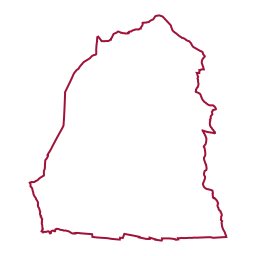 Ungureni, Bacau, Romania (Robinson projection)
{"feature_id": "2599482B79247862068373", "entity_name": "Ungureni", "entity_type": "district", "adm_level": 2, "iso_a3": "ROU", "parent_name": "Romania", "parent_adm1": "Bacau", "projection": "robinson", "projection_center": [27.1, 46.557], "detail": "fine", "context": "isolated", "style": "outline", "palette": "rose", "viewbox_px": 256, "rotation_deg": 0, "n_neighbors": 0, "source": "geoboundaries", "source_scale": "gbopen_adm2", "svg_char_len": 5749}
<svg xmlns="http://www.w3.org/2000/svg" viewBox="0 0 256 256"><path d="M204.8,56.2L203.2,54.3L202.6,52.1L201.6,51.5L200.3,51.0L193.7,47.2L193.2,46.9L192.1,45.5L191.1,43.4L189.3,41.3L187.2,40.6L185.7,39.6L185.3,39.2L184.5,38.7L182.7,37.9L181.8,37.8L181.3,37.3L179.1,35.9L176.3,33.5L174.4,32.2L172.9,30.8L172.3,29.9L171.8,28.4L171.3,27.4L171.0,25.7L170.4,24.9L162.6,16.5L159.4,15.4L157.1,15.7L156.0,15.9L155.4,16.2L154.9,16.8L153.3,19.3L151.3,20.2L149.8,21.0L148.9,22.0L145.0,22.7L143.1,22.7L142.6,22.8L142.5,23.0L142.7,24.0L142.6,24.7L142.0,26.0L140.9,27.5L140.8,27.9L140.8,28.6L139.5,28.8L139.1,29.1L138.8,29.5L137.4,29.4L135.9,29.4L133.1,30.3L132.1,30.7L131.0,31.5L129.8,31.5L129.2,31.7L128.9,31.9L129.0,32.8L128.9,32.9L128.8,33.0L127.9,32.9L127.8,33.4L127.6,33.4L125.6,33.5L124.1,33.2L123.1,33.2L121.5,32.7L120.9,32.8L120.0,32.2L119.0,31.8L118.4,31.6L117.8,31.6L116.5,32.7L113.7,33.9L113.5,34.1L111.8,37.7L111.4,38.3L111.0,38.6L111.0,39.7L110.9,39.8L110.1,39.9L109.4,40.5L109.1,40.7L108.0,41.0L103.2,41.2L101.9,41.0L101.6,41.1L101.0,40.3L100.4,39.4L99.8,38.7L98.2,36.6L97.3,37.1L97.1,39.3L97.0,41.3L96.6,44.4L96.5,44.9L96.2,49.9L96.2,50.9L96.3,51.4L96.2,53.9L95.9,54.5L95.5,54.7L93.9,55.1L92.2,55.8L89.7,58.4L83.8,62.0L82.6,63.3L81.7,64.5L81.2,64.9L80.7,65.5L79.3,67.4L78.5,68.8L77.0,69.7L76.0,70.7L75.1,72.0L74.7,72.3L73.8,73.7L71.2,79.5L68.6,84.9L65.0,92.3L65.1,93.1L64.5,108.5L64.0,118.4L63.5,125.6L62.2,128.3L57.2,137.3L52.1,146.9L51.1,149.0L50.5,149.9L49.6,151.7L49.2,152.1L48.6,153.0L47.7,154.7L48.0,154.7L48.0,155.9L47.5,157.1L46.5,158.9L45.7,159.6L45.3,160.4L44.9,165.2L45.0,167.0L44.8,167.9L44.8,168.7L43.9,171.1L43.9,175.5L42.2,176.5L39.7,178.1L38.9,178.8L38.1,179.7L37.2,180.4L36.6,180.7L35.5,181.1L34.5,182.0L32.7,182.1L31.7,182.0L30.2,182.4L29.7,182.8L30.5,183.8L30.5,186.3L30.9,186.8L31.3,187.1L31.9,188.0L32.3,188.9L32.7,190.9L33.3,192.6L33.3,193.2L33.5,194.2L34.6,196.5L35.5,197.6L36.0,198.6L36.1,199.2L37.0,200.4L37.8,202.0L38.0,202.9L38.0,204.0L38.0,204.7L37.8,205.0L38.0,205.8L38.1,206.5L38.3,207.0L38.7,207.5L39.1,208.3L39.5,209.4L39.6,210.3L39.8,210.8L40.2,211.4L40.2,211.8L40.1,212.5L40.0,214.3L40.3,215.0L40.9,215.6L40.7,216.7L41.2,216.9L41.5,217.5L41.6,218.6L41.7,218.8L42.2,219.1L42.2,219.6L41.8,221.2L42.0,221.7L41.9,222.2L42.0,222.6L41.7,223.2L42.2,225.1L42.4,227.3L42.6,228.2L42.6,228.6L42.4,228.9L42.8,229.1L42.5,230.1L42.3,230.5L41.9,230.8L41.5,231.3L41.8,231.6L42.8,231.8L43.1,232.3L43.3,232.1L44.4,231.9L46.4,231.9L47.4,231.4L48.5,231.3L48.9,231.5L49.5,232.4L49.9,233.3L50.6,233.3L50.8,233.2L51.0,232.8L51.0,231.6L51.5,231.0L52.4,230.7L53.1,230.6L54.0,231.1L55.0,231.3L55.1,231.2L55.0,230.9L55.1,230.1L55.4,229.8L55.3,229.6L55.5,229.4L55.9,229.4L56.4,228.9L57.6,228.9L58.1,229.0L58.4,229.0L60.3,229.8L62.7,230.1L63.8,230.6L65.4,230.5L68.7,231.3L71.8,233.2L72.8,233.5L75.0,233.5L74.8,233.1L76.3,232.9L78.5,233.0L80.9,233.3L92.1,234.2L92.4,236.2L92.4,236.9L96.2,237.4L107.6,238.2L111.8,238.9L119.8,239.6L120.1,238.2L120.1,237.7L122.8,238.0L124.3,233.9L131.4,235.2L139.3,236.8L139.0,237.4L146.2,238.9L149.7,239.0L149.6,237.6L156.2,239.6L156.0,239.8L161.6,240.6L162.2,239.6L162.0,238.4L168.9,238.4L172.1,238.7L174.8,239.1L174.8,239.3L176.0,239.8L176.7,239.6L177.4,239.6L177.7,239.4L178.2,239.4L177.9,238.2L179.8,238.2L181.2,238.0L181.7,237.9L182.9,238.1L187.0,238.0L188.7,237.8L190.9,237.9L192.8,237.8L194.3,237.6L195.8,237.7L204.4,237.4L205.3,237.3L210.1,237.2L211.6,237.4L213.1,237.8L226.3,237.0L225.9,235.1L225.4,234.5L225.2,233.5L224.8,232.4L224.1,231.0L223.2,229.6L222.3,227.1L222.0,225.8L221.6,222.9L221.6,222.3L222.2,221.1L220.9,219.8L221.1,219.0L221.2,216.4L221.8,215.6L221.6,213.8L221.3,213.1L220.7,212.4L220.6,211.3L220.1,210.9L219.7,210.4L219.4,210.3L218.7,209.3L218.5,208.0L217.9,207.1L217.5,205.8L217.6,204.5L218.0,203.9L218.1,203.5L218.0,203.0L217.6,202.4L217.4,201.4L216.7,200.5L216.2,199.6L215.7,199.4L215.3,199.1L214.6,198.0L214.1,198.0L213.6,198.2L213.2,197.8L212.9,197.3L213.0,196.1L212.7,195.6L212.7,194.8L212.8,193.8L212.6,193.5L212.9,193.1L212.8,192.6L212.5,190.7L211.6,190.2L210.2,189.7L209.2,189.6L208.6,189.3L207.2,189.1L205.9,188.6L204.4,187.4L203.8,186.5L203.4,185.7L202.9,183.9L204.8,179.0L205.1,177.5L205.1,176.9L204.1,175.0L204.0,173.5L204.6,171.1L205.5,170.4L206.2,170.1L206.4,169.8L206.6,168.4L206.5,167.8L206.4,166.3L206.0,165.3L206.1,164.6L205.3,163.3L205.1,162.4L204.2,160.1L203.9,157.9L205.1,155.7L205.3,155.0L205.3,152.8L205.0,150.4L204.5,147.9L203.8,146.9L203.8,146.6L203.9,146.3L204.1,146.3L205.0,144.8L205.4,144.5L205.7,143.6L206.0,142.8L206.3,140.6L206.4,138.6L206.2,137.9L205.4,135.8L204.8,134.7L204.6,134.0L203.9,133.1L203.8,132.6L202.6,130.8L202.6,130.5L207.4,132.0L213.2,132.9L214.4,133.3L214.9,133.1L215.0,132.7L214.9,132.1L214.2,131.6L213.0,129.7L212.5,129.3L211.5,127.7L210.9,127.2L210.0,125.3L209.9,125.0L209.9,123.8L209.8,122.9L210.3,120.4L209.9,119.9L210.1,119.4L210.6,118.9L210.8,118.4L210.6,117.2L210.8,116.3L210.9,116.0L212.2,114.6L212.4,114.2L212.3,113.6L211.9,111.9L212.6,111.1L212.6,110.9L212.7,110.2L215.6,109.4L215.9,109.2L215.7,108.2L215.0,107.0L213.3,105.5L212.8,105.3L210.2,105.4L208.7,105.0L207.4,104.2L206.0,103.0L204.5,102.0L203.3,100.6L202.9,100.3L201.7,98.0L201.6,97.5L200.9,96.0L200.7,95.1L200.0,93.9L197.9,92.6L197.1,92.3L196.1,92.1L195.7,91.6L196.0,90.8L196.0,89.5L196.4,89.1L196.8,88.0L197.7,87.2L197.7,86.8L198.1,86.3L198.2,85.1L198.5,84.6L198.5,84.3L198.5,83.7L198.0,81.7L198.0,81.2L198.1,80.4L198.0,79.5L197.6,79.0L197.5,78.8L197.6,78.3L198.2,77.0L197.6,75.7L197.1,73.5L196.8,72.9L199.3,73.0L199.3,71.5L199.5,70.7L199.4,70.1L200.3,70.2L200.5,69.8L201.9,69.4L203.0,69.2L203.3,69.4L203.8,69.4L203.6,68.7L203.1,66.7L202.3,64.6L201.7,62.8L201.9,61.0L202.1,60.2L202.8,58.8L204.8,56.5L204.8,56.2Z" fill="none" stroke="#9f1239" stroke-width="2"/></svg>